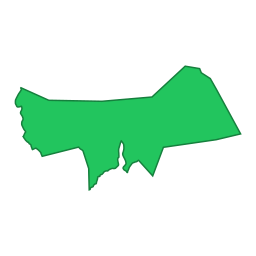 outline of San Pedro, Copán, Honduras
{"feature_id": "27666195B10717869055207", "entity_name": "San Pedro", "entity_type": "district", "adm_level": 2, "iso_a3": "HND", "parent_name": "Honduras", "parent_adm1": "Copán", "projection": "natural_earth1", "projection_center": [-88.844, 14.614], "detail": "fine", "context": "isolated", "style": "filled", "palette": "green", "viewbox_px": 256, "rotation_deg": 0, "n_neighbors": 0, "source": "geoboundaries", "source_scale": "gbopen_adm2", "svg_char_len": 5154}
<svg xmlns="http://www.w3.org/2000/svg" viewBox="0 0 256 256"><path d="M240.6,133.9L216.2,89.0L210.3,78.6L201.3,72.8L199.6,68.6L185.2,66.2L152.0,97.0L101.9,101.3L48.8,100.3L20.4,87.5L20.6,87.7L20.7,87.9L20.8,88.1L21.0,88.4L21.1,88.8L21.2,89.3L21.3,89.7L21.3,89.8L21.2,90.0L20.8,90.7L20.6,90.9L19.8,92.2L19.6,92.5L19.3,92.9L19.1,93.2L18.7,93.8L18.0,95.0L17.3,96.4L16.4,98.1L15.8,99.5L15.6,99.8L15.5,100.2L15.5,100.6L15.4,101.0L15.4,101.6L15.4,102.4L15.4,103.3L15.5,103.5L15.6,104.0L15.8,104.3L15.9,104.5L16.2,105.0L16.3,105.3L16.5,105.8L16.7,106.1L16.8,106.3L17.0,106.6L17.3,106.8L17.5,106.9L17.9,107.0L18.1,107.0L18.9,106.9L19.6,106.8L20.4,106.6L20.6,106.6L20.9,106.3L21.1,106.2L21.3,106.3L21.5,106.4L21.5,106.5L21.6,106.8L21.8,107.3L21.9,108.0L21.9,108.5L22.0,108.7L21.9,109.0L21.7,109.7L21.5,110.3L21.3,110.7L20.9,111.4L20.7,112.0L20.6,112.3L20.6,112.6L20.5,112.8L20.5,113.0L20.6,113.4L20.9,114.0L21.3,114.7L21.8,115.4L22.0,115.8L22.3,116.2L22.5,116.7L22.7,117.4L22.9,117.7L22.9,117.9L23.0,118.2L23.0,118.5L23.1,119.0L23.0,119.3L23.0,119.5L22.9,119.8L22.8,120.1L22.7,120.3L22.6,120.5L22.3,120.9L22.2,121.1L22.1,121.3L21.9,121.7L21.9,122.0L21.8,122.4L21.7,123.1L21.7,123.5L21.7,124.0L21.7,124.3L21.8,124.6L21.8,124.8L21.9,125.1L22.1,125.6L23.0,127.5L23.5,128.6L23.6,128.8L24.2,129.7L24.8,130.6L25.1,130.9L25.4,131.3L25.5,131.4L25.6,131.6L25.6,131.8L25.6,132.0L25.5,132.3L25.3,132.5L25.0,132.8L24.9,133.0L24.5,133.8L24.1,134.8L23.7,135.7L23.7,135.8L23.5,136.1L23.1,136.6L23.4,136.9L23.8,137.5L24.0,137.9L24.3,138.5L25.0,139.3L25.2,139.6L25.4,140.0L25.5,140.1L26.8,141.4L27.1,141.7L27.2,141.8L27.6,142.1L27.8,142.2L28.0,142.2L28.3,142.2L29.2,143.6L29.3,143.8L29.8,144.0L30.0,144.1L30.6,144.6L30.8,144.8L30.9,145.1L31.0,145.3L31.1,145.5L31.1,146.0L31.2,146.3L31.6,147.4L32.0,148.3L32.0,148.7L32.1,149.0L32.3,149.3L32.5,149.4L32.6,149.5L32.7,149.4L32.9,149.4L33.7,149.0L35.1,148.4L35.4,148.3L35.6,148.2L35.8,148.2L36.0,148.2L36.2,148.3L37.5,149.3L38.4,150.0L38.6,150.2L39.0,150.6L40.2,151.9L40.5,152.3L40.7,152.5L40.8,152.6L40.9,153.2L41.1,153.7L41.4,154.5L41.8,155.4L42.0,155.9L42.2,156.3L78.6,147.1L78.9,147.3L79.3,147.9L80.0,148.6L80.6,149.1L82.4,150.2L83.0,150.9L88.7,168.5L89.2,189.8L89.5,189.7L90.0,189.5L90.1,189.3L90.2,189.2L90.2,188.8L90.2,188.7L90.3,188.5L90.4,188.2L90.5,188.0L90.7,187.8L90.8,187.7L91.0,187.6L91.2,187.4L92.0,187.1L92.6,186.9L92.8,186.8L93.0,186.7L93.2,186.4L93.4,185.8L93.5,185.6L93.7,185.3L93.8,185.1L94.0,184.8L94.3,184.5L94.4,184.4L94.6,184.2L94.8,184.1L95.1,183.9L95.4,183.9L95.7,183.9L95.8,183.9L96.1,183.7L96.3,183.3L96.4,183.1L96.4,182.9L96.5,182.3L96.5,182.1L96.6,181.8L97.0,180.5L97.2,180.0L97.4,179.4L97.5,178.8L97.8,177.2L97.8,176.9L98.1,176.7L98.3,176.6L98.5,176.5L98.9,176.5L99.1,176.4L99.2,176.5L99.3,176.5L99.6,176.5L99.8,176.4L99.8,176.1L99.9,175.8L99.9,175.6L100.0,175.5L100.1,175.3L100.4,174.9L100.6,174.7L100.8,174.6L101.2,174.6L101.4,174.6L101.6,174.5L101.8,174.4L102.1,174.2L102.5,173.8L102.9,173.4L103.3,172.9L103.6,172.4L103.8,172.1L104.0,172.0L104.3,171.7L104.6,171.5L104.8,171.4L105.0,171.3L105.4,171.1L105.7,171.0L106.2,170.9L107.7,170.9L107.8,170.9L108.0,170.7L108.2,170.4L108.5,170.1L109.4,169.6L109.7,169.4L110.3,169.1L110.8,168.9L111.4,168.7L111.8,168.6L112.1,168.5L112.7,168.4L113.0,168.4L113.4,168.5L113.6,168.5L113.9,168.6L114.2,168.5L114.5,168.5L115.0,168.4L115.3,168.3L115.5,168.2L118.0,165.8L118.2,165.5L118.4,165.3L118.5,165.0L118.5,164.6L118.5,164.3L118.5,164.0L118.4,163.7L118.2,162.8L118.1,162.3L118.0,161.9L117.9,161.2L117.7,160.2L117.7,159.7L117.7,159.3L117.7,159.0L117.8,158.7L117.9,158.4L118.0,158.0L118.1,157.9L118.2,157.7L118.4,157.6L118.6,157.5L118.7,157.4L118.8,157.3L118.8,157.2L118.8,156.9L118.9,156.5L118.9,155.7L118.8,154.1L118.8,153.3L118.6,151.4L118.6,151.0L118.6,150.1L118.6,149.7L118.7,149.2L118.7,148.8L118.8,148.5L119.4,146.5L120.4,143.0L120.7,142.2L121.0,141.5L121.2,141.0L121.3,140.9L121.7,141.3L122.4,142.4L122.9,143.0L123.3,143.7L123.4,143.8L123.6,144.2L123.6,144.5L123.7,144.9L123.8,145.5L123.8,146.1L123.9,146.6L123.9,147.2L123.9,148.4L123.9,148.9L123.8,149.5L123.4,151.2L123.3,151.8L123.1,152.2L122.9,152.8L122.8,153.3L122.7,153.5L122.7,153.8L122.7,154.1L122.7,154.3L122.8,154.6L122.9,155.1L123.0,155.5L123.3,156.0L123.4,156.4L124.6,158.7L125.3,160.2L125.7,161.4L125.8,161.8L125.9,162.4L126.0,163.1L126.0,163.4L126.0,163.7L125.9,164.0L125.7,164.3L125.3,164.8L124.9,165.4L124.6,165.8L124.0,166.3L123.7,166.7L123.5,166.9L123.4,167.2L123.2,167.5L123.1,167.9L123.1,168.1L123.1,168.3L123.2,168.5L123.3,168.8L123.5,169.0L123.9,169.7L124.1,169.8L124.3,170.0L125.6,170.8L126.4,171.3L126.6,171.5L126.8,171.9L126.9,172.3L127.0,172.4L127.2,172.5L127.3,172.4L127.5,172.3L127.5,172.2L127.6,171.7L127.7,171.3L127.7,171.1L128.6,169.3L128.8,168.7L129.1,167.8L129.4,167.2L129.7,166.7L129.9,166.4L130.4,165.7L131.3,164.5L131.6,164.1L132.1,163.4L132.3,163.2L132.5,163.1L132.7,162.9L132.9,162.9L133.1,162.8L133.6,162.6L134.0,162.5L134.5,162.2L134.8,162.1L135.1,162.0L136.1,161.8L136.7,161.6L136.9,161.5L137.1,161.4L137.4,161.0L137.6,160.9L137.8,160.7L138.1,160.5L138.6,160.3L152.7,175.9L163.4,147.3L216.2,139.7L240.6,133.9Z" fill="#22c55e" stroke="#15803d" stroke-width="1.5"/></svg>